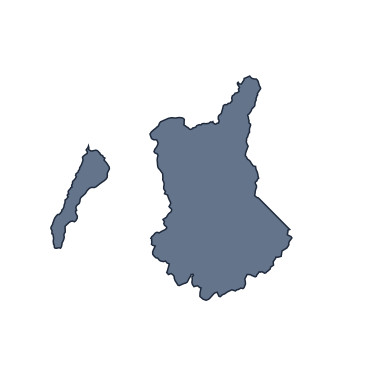 Sítio d'Abadia, Goiás, Brazil, rotated 38°
{"feature_id": "56859067B22155474073709", "entity_name": "Sítio d'Abadia", "entity_type": "district", "adm_level": 2, "iso_a3": "BRA", "parent_name": "Brazil", "parent_adm1": "Goiás", "projection": "natural_earth1", "projection_center": [-46.35, -14.751], "detail": "fine", "context": "isolated", "style": "filled", "palette": "slate", "viewbox_px": 384, "rotation_deg": 38, "n_neighbors": 0, "source": "geoboundaries", "source_scale": "gbopen_adm2", "svg_char_len": 5763}
<svg xmlns="http://www.w3.org/2000/svg" viewBox="0 0 384 384"><g transform="rotate(38 192 192)"><path d="M291.6,236.8L291.9,235.3L290.8,231.6L289.0,229.6L287.2,228.1L286.2,223.1L287.7,222.0L289.1,221.1L290.5,221.0L291.4,220.7L292.4,220.4L294.0,220.0L294.6,218.8L294.1,217.4L294.2,215.3L294.1,213.5L295.2,213.1L295.9,212.0L297.7,211.4L299.0,211.4L299.9,210.4L300.1,208.6L300.5,207.4L300.7,205.9L301.0,204.7L300.2,202.6L301.3,199.5L299.0,197.1L298.7,194.7L298.8,193.1L298.2,191.8L299.9,190.4L301.9,187.8L299.2,183.1L301.2,177.8L301.1,175.8L300.8,173.9L299.6,172.7L299.1,170.7L299.1,169.3L299.0,166.7L297.4,166.2L295.7,166.6L293.5,167.0L292.7,165.6L292.0,164.2L291.1,163.2L292.1,161.4L248.0,155.8L246.7,156.3L245.5,156.4L243.5,156.2L242.6,154.4L241.2,152.1L240.6,150.8L239.9,148.5L238.7,147.2L236.5,146.3L235.8,145.1L236.3,143.3L235.8,141.8L236.0,140.0L234.7,139.2L233.1,137.7L231.3,136.2L229.7,135.4L228.8,134.9L227.7,134.1L226.4,132.7L224.2,133.8L222.9,133.4L221.1,132.9L219.2,132.1L217.9,131.8L216.2,131.9L215.2,131.9L213.6,131.0L211.7,130.6L210.4,128.6L209.5,126.1L209.0,124.4L208.5,122.9L208.0,121.3L205.9,120.4L203.9,119.1L203.0,117.4L201.9,116.0L201.9,114.5L200.6,111.1L200.6,109.5L199.8,108.7L198.2,106.5L197.2,103.5L196.3,102.5L194.8,102.6L193.8,101.9L193.2,100.8L191.6,99.7L190.3,98.3L189.2,97.8L188.4,97.0L188.9,95.3L188.8,93.0L188.6,91.4L188.0,89.6L188.3,87.7L188.4,85.5L186.6,82.6L186.2,81.4L185.9,79.9L185.0,79.2L184.6,77.8L184.0,76.4L184.0,75.1L183.0,74.3L182.7,72.7L182.6,70.2L182.4,68.2L181.1,67.3L179.8,66.9L175.8,64.0L174.5,63.6L173.2,63.4L171.5,64.6L169.5,65.5L168.1,65.6L166.1,65.1L163.8,69.5L163.2,70.4L164.0,71.9L164.4,76.6L162.6,77.8L160.8,77.1L160.7,78.3L161.9,79.3L163.6,79.8L165.2,80.5L165.2,82.4L167.1,83.7L166.7,85.6L165.1,87.7L165.3,89.1L165.0,90.3L164.6,91.4L165.5,93.6L166.7,94.6L167.5,95.7L167.3,97.3L167.3,98.6L166.0,99.9L165.8,101.6L164.3,102.7L163.5,104.5L164.2,106.0L165.1,108.1L166.0,110.3L166.7,112.0L166.5,113.3L166.1,114.7L166.2,116.2L167.8,118.4L169.2,118.8L169.9,120.1L170.5,121.4L169.5,122.2L169.1,123.4L168.4,124.4L166.1,124.4L165.1,123.7L164.8,124.9L163.7,125.1L163.2,126.2L163.0,127.5L162.1,128.4L161.1,129.5L159.5,130.5L158.6,131.2L157.9,132.2L157.7,133.7L156.2,134.5L154.9,136.8L155.0,138.6L154.0,140.2L153.2,141.0L153.1,142.5L152.3,143.6L151.3,144.0L149.6,143.7L147.4,144.0L146.2,144.0L144.2,144.1L143.7,142.9L142.6,141.6L141.4,139.7L140.3,139.3L138.4,139.7L136.0,141.2L133.3,144.1L130.4,145.8L129.4,146.9L128.1,148.4L124.1,155.9L124.0,157.5L124.9,160.8L124.4,162.3L124.2,164.0L123.5,166.8L123.2,168.5L123.0,169.8L123.2,172.2L126.6,174.5L128.0,174.8L129.7,174.4L131.3,173.1L132.5,172.8L135.2,174.4L136.0,176.4L136.4,178.7L136.4,181.2L137.2,183.6L138.6,184.0L141.4,183.4L142.8,184.2L143.7,186.5L144.8,188.2L148.8,192.5L149.7,193.3L150.9,193.9L153.5,194.4L155.8,195.1L157.4,195.5L159.8,198.1L161.4,200.4L164.3,202.0L165.3,203.1L166.7,205.6L167.5,206.6L168.4,207.2L170.7,207.9L171.4,210.3L173.7,209.6L174.9,209.6L176.1,210.5L177.6,211.5L182.0,213.7L182.5,214.9L182.8,217.6L183.8,217.9L185.6,218.0L186.7,218.3L187.4,219.3L187.6,220.8L187.0,223.4L187.0,224.9L187.4,227.7L186.0,231.5L187.2,232.0L188.3,232.1L189.3,234.3L190.8,235.1L193.3,235.1L194.3,235.9L194.0,238.3L192.3,241.6L191.3,244.5L190.1,244.8L189.0,245.5L188.3,247.2L188.3,249.3L188.1,250.6L187.8,251.8L188.1,253.9L189.2,253.8L189.8,254.9L191.1,256.1L192.3,258.2L193.8,258.2L196.3,257.3L197.4,262.1L198.1,263.8L199.5,265.3L201.3,265.8L204.0,266.1L205.6,265.2L207.5,265.7L209.5,265.8L212.4,264.4L213.6,262.8L214.6,262.9L215.9,263.3L218.4,262.7L220.9,268.6L221.7,271.1L223.0,271.2L224.2,271.6L225.8,269.1L228.0,269.0L230.1,269.6L230.9,270.7L233.1,272.2L238.5,274.1L239.6,273.5L241.8,269.4L243.1,267.6L243.7,265.9L243.0,262.5L242.7,259.2L242.1,257.6L243.5,256.2L244.5,256.9L244.3,258.9L246.1,260.8L247.6,263.4L249.3,264.6L251.8,265.4L253.8,262.7L255.1,262.4L256.8,262.6L258.2,262.0L260.3,266.4L262.5,269.4L266.4,269.7L269.7,268.7L270.8,266.9L271.4,265.3L271.8,259.1L272.2,257.3L273.5,255.5L277.5,257.6L278.8,257.0L279.2,254.2L280.4,252.3L281.5,248.7L282.4,247.0L283.6,244.6L287.2,243.2L287.4,241.6L288.5,240.4L289.7,237.6L291.6,236.8ZM123.0,317.2L122.8,315.5L121.7,313.2L121.0,312.2L120.5,309.5L119.8,307.5L118.9,306.0L117.7,305.0L116.9,303.4L116.8,301.6L113.1,297.2L113.8,292.1L114.6,289.7L115.8,288.5L117.7,287.8L118.1,286.1L117.7,283.3L116.5,281.6L113.8,280.5L112.0,278.9L112.5,277.6L110.2,276.0L109.6,274.4L109.5,273.0L110.1,270.7L109.9,269.6L109.3,268.1L108.3,266.6L107.8,264.8L108.3,262.4L108.8,259.4L108.8,257.9L108.5,255.8L108.7,253.2L109.0,252.0L109.9,250.3L112.2,248.7L113.2,246.9L114.3,242.2L115.1,239.6L115.9,237.0L116.3,234.9L116.2,232.9L114.9,230.7L114.0,230.0L113.3,227.9L112.7,224.7L112.0,223.9L111.1,223.2L107.7,222.0L106.3,221.6L103.0,221.0L102.5,218.9L100.6,219.2L99.3,218.4L96.9,218.9L95.5,218.1L94.1,218.0L92.8,217.7L91.5,217.8L90.4,218.3L88.8,220.3L87.2,221.9L84.4,222.2L83.6,220.7L82.1,219.5L82.6,220.9L82.6,222.1L82.7,224.1L84.6,224.6L85.7,226.2L85.0,227.9L84.6,229.5L84.3,230.8L84.3,232.1L85.3,232.9L86.5,233.9L87.7,237.4L88.2,239.1L88.5,241.9L89.5,243.6L89.4,245.1L90.0,246.8L89.4,248.9L90.1,250.7L91.4,251.1L91.8,253.4L91.7,255.2L91.5,256.4L91.8,258.0L92.8,259.0L92.9,260.7L94.4,262.0L93.8,263.1L94.1,264.5L93.9,265.8L94.0,267.7L94.8,268.6L96.0,269.4L95.4,270.6L96.0,271.7L97.4,272.0L97.4,275.0L96.9,276.4L97.6,277.4L98.6,278.7L99.2,280.9L100.0,282.0L100.8,284.5L100.5,286.3L101.3,287.3L101.3,289.6L101.3,291.3L100.1,292.3L99.8,293.9L99.9,297.2L101.6,302.4L102.1,303.4L102.3,304.9L102.5,306.1L102.9,307.2L104.1,308.1L105.4,308.5L107.3,311.2L108.5,310.9L110.0,312.4L111.4,313.6L112.9,316.2L115.1,318.4L116.2,318.7L117.4,320.2L118.7,320.6L120.0,319.6L121.5,317.8L123.0,317.2Z" fill="#64748b" stroke="#1e293b" stroke-width="1.5"/></g></svg>